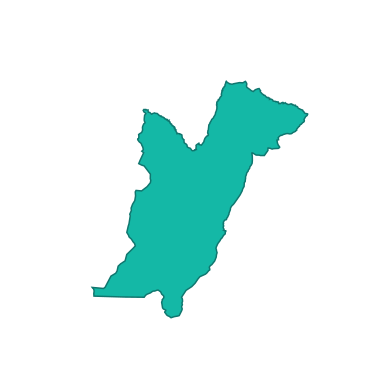 Izvoarele Sucevei, Suceava, Romania, rotated 326°
{"feature_id": "2599482B77536964142988", "entity_name": "Izvoarele Sucevei", "entity_type": "district", "adm_level": 2, "iso_a3": "ROU", "parent_name": "Romania", "parent_adm1": "Suceava", "projection": "equal_earth", "projection_center": [25.231, 47.765], "detail": "fine", "context": "isolated", "style": "filled", "palette": "teal", "viewbox_px": 384, "rotation_deg": 326, "n_neighbors": 0, "source": "geoboundaries", "source_scale": "gbopen_adm2", "svg_char_len": 6107}
<svg xmlns="http://www.w3.org/2000/svg" viewBox="0 0 384 384"><g transform="rotate(326 192 192)"><path d="M151.1,266.6L157.1,267.6L158.7,267.5L161.7,266.6L163.2,266.5L163.8,265.4L164.1,264.3L164.6,263.8L166.1,263.3L167.8,263.3L172.2,261.9L175.7,259.5L177.2,257.7L178.8,256.4L179.6,254.1L180.1,253.2L180.2,252.4L181.2,251.3L184.6,249.2L188.0,248.0L189.4,247.2L191.1,246.9L193.9,245.6L196.1,245.3L197.1,244.0L198.1,243.5L198.3,243.0L197.5,242.6L197.0,241.6L197.3,241.7L197.3,241.2L197.7,240.8L197.9,239.0L198.9,237.9L199.3,237.9L199.7,236.5L200.1,235.9L200.4,235.9L200.4,235.5L200.9,235.1L201.0,234.7L201.4,234.4L203.3,233.6L204.9,234.1L205.3,234.0L205.7,233.4L207.5,232.7L210.3,231.0L210.9,230.2L213.8,228.2L215.1,226.7L217.4,225.7L219.4,225.4L221.2,224.8L230.2,221.3L234.1,219.2L235.9,217.7L238.2,216.6L240.6,213.5L241.9,213.1L243.3,211.4L244.0,210.7L245.0,209.2L246.4,208.3L248.3,206.6L250.0,206.2L250.9,205.4L253.0,204.6L254.2,203.4L256.2,202.8L257.9,201.8L259.7,199.6L262.1,195.9L263.4,193.2L264.1,193.5L265.8,197.2L268.3,199.0L269.2,200.1L272.4,202.2L278.2,200.0L279.0,198.7L279.7,198.1L281.1,199.3L282.4,201.2L283.9,201.7L287.9,204.1L289.5,204.1L289.9,203.3L289.7,201.7L290.1,199.5L291.4,196.5L293.0,197.1L293.9,195.1L294.8,194.9L297.0,194.6L297.4,194.7L298.0,195.2L300.5,195.5L301.2,195.9L302.3,196.1L304.0,197.0L305.4,198.4L306.9,199.2L307.8,199.3L308.5,199.1L311.8,199.6L312.3,199.2L313.4,199.3L313.7,198.7L314.1,198.4L317.0,197.5L317.7,197.6L319.3,196.7L320.4,196.9L322.6,196.4L323.7,196.5L324.5,196.2L325.1,195.6L325.4,194.5L328.5,193.0L330.0,193.0L330.5,192.8L331.5,192.1L331.4,191.7L329.8,190.1L329.4,189.4L329.6,188.1L329.5,187.2L329.2,186.6L329.5,185.9L328.1,184.1L327.8,183.3L327.1,182.4L326.9,181.6L327.1,180.7L327.0,180.0L326.1,179.2L326.3,177.9L325.3,177.6L325.3,177.2L324.8,176.5L324.3,176.3L324.4,175.6L323.6,175.0L323.5,174.3L322.0,173.9L321.2,173.5L320.4,173.1L320.1,172.2L319.6,171.7L319.4,170.9L318.8,170.4L319.0,170.1L317.1,169.7L317.6,168.8L317.0,168.3L314.3,168.0L314.2,167.5L313.4,167.2L313.8,165.9L313.8,165.4L313.0,165.2L312.8,164.5L311.9,164.1L311.7,163.3L310.7,162.6L310.1,161.8L310.3,160.7L309.9,159.8L309.2,159.0L308.1,158.6L308.8,157.9L308.8,157.5L307.8,156.8L308.0,156.2L306.8,155.3L306.4,152.5L305.6,151.9L305.7,151.4L305.1,150.0L304.7,147.2L304.9,146.7L305.5,146.3L305.4,145.0L305.5,143.8L304.5,143.3L301.7,142.6L298.9,142.9L297.7,140.9L297.4,139.6L296.0,135.9L296.5,134.4L297.3,133.8L298.1,132.5L298.1,131.7L298.2,130.5L298.1,130.1L295.2,129.9L292.6,127.9L287.0,125.5L285.5,125.1L283.5,123.1L283.4,122.5L283.0,121.9L282.4,120.3L282.3,119.4L281.3,119.9L281.2,120.3L280.7,120.8L279.7,121.2L278.5,122.6L277.6,122.6L276.7,123.3L275.6,123.3L274.6,124.3L274.0,124.4L274.0,125.1L273.2,125.0L273.0,125.5L270.9,127.4L270.7,128.3L269.8,128.9L268.3,129.2L266.3,130.4L265.5,130.1L265.1,130.5L265.1,131.0L264.1,131.1L263.7,131.0L262.8,131.5L262.0,132.4L261.9,133.2L261.0,133.5L260.7,134.9L260.1,135.4L259.7,136.3L257.6,138.3L255.9,139.4L254.7,140.7L251.9,142.0L251.2,142.5L248.9,142.9L247.8,143.6L245.5,144.7L245.1,145.2L243.5,145.8L240.1,149.8L239.3,150.2L238.5,151.4L238.1,151.6L237.9,152.1L238.1,152.4L237.9,153.2L237.1,153.7L237.1,154.0L236.9,154.0L236.7,154.2L236.4,154.2L235.4,153.9L232.8,154.7L230.8,156.1L230.1,156.9L226.0,158.4L224.3,156.5L224.9,155.9L225.0,155.4L222.1,155.4L221.5,155.6L221.1,156.0L221.0,156.6L219.6,158.1L219.4,159.2L217.9,158.5L217.6,158.6L217.6,159.0L217.3,159.0L215.4,158.0L215.1,157.4L215.1,154.9L213.8,153.2L213.3,151.9L214.0,150.5L214.1,149.9L214.0,149.1L213.3,147.6L213.1,146.7L214.0,145.0L214.5,144.4L214.6,144.2L214.2,143.6L214.3,143.0L214.1,142.2L214.6,140.7L215.2,139.7L215.5,138.7L214.8,137.8L214.3,137.5L214.5,137.0L213.5,136.0L212.1,135.2L212.7,134.4L212.6,133.0L213.0,132.1L212.8,131.7L213.2,131.6L212.9,131.3L213.2,130.9L213.1,130.4L213.5,129.8L213.2,129.7L213.3,129.6L213.1,129.1L213.5,128.9L213.3,128.4L213.8,128.1L213.2,127.0L213.3,126.7L213.2,126.4L212.7,126.0L212.9,125.6L212.8,124.8L213.0,124.2L212.5,123.8L212.6,123.2L212.4,122.9L212.5,122.2L212.9,121.8L212.6,121.3L212.7,120.7L212.4,120.7L212.2,120.0L212.7,119.7L211.9,119.5L212.1,118.3L211.9,117.8L211.2,117.8L211.3,117.4L211.0,116.7L210.6,116.5L210.6,116.3L210.4,115.5L210.5,115.1L210.0,114.5L210.1,114.1L209.1,113.1L209.2,112.6L209.0,112.4L208.9,111.7L208.3,111.7L208.3,111.2L208.0,110.9L208.0,110.6L207.4,109.6L207.5,108.9L207.1,108.2L207.0,107.4L205.5,106.2L205.3,105.6L203.5,105.0L202.1,104.9L201.8,104.2L201.5,102.5L200.4,101.3L201.4,99.4L201.0,99.3L200.2,98.4L199.7,98.2L199.8,97.7L199.0,97.4L198.4,96.7L197.2,97.0L196.9,98.7L197.6,100.5L197.6,101.1L197.0,101.5L195.7,101.8L193.8,104.0L192.6,105.6L192.2,106.6L192.0,107.9L191.7,108.4L190.0,108.6L187.7,110.1L187.0,110.8L185.7,113.0L184.3,114.1L183.2,114.5L181.4,114.4L179.9,114.5L179.1,116.1L178.2,117.2L177.6,117.7L176.8,117.6L176.4,118.0L176.2,118.7L176.3,121.0L176.9,122.8L176.9,124.0L176.6,124.9L176.3,127.2L175.5,129.3L175.0,129.8L173.2,130.1L173.9,132.4L166.4,136.9L163.7,138.7L165.3,141.5L166.9,143.6L167.5,153.9L164.8,157.7L164.4,159.2L162.7,161.0L157.7,162.5L150.8,162.9L146.5,159.4L145.0,160.2L143.0,163.7L139.8,167.1L135.9,168.9L132.5,171.3L131.3,173.5L128.0,175.6L127.5,177.2L122.0,183.1L120.1,184.6L115.4,189.0L115.3,189.5L115.2,192.3L114.7,194.1L115.4,197.1L115.3,200.6L115.6,202.5L114.8,205.0L111.4,205.8L103.0,207.3L98.0,211.7L92.8,211.6L89.3,212.2L85.7,215.6L83.3,216.7L77.8,216.4L66.7,222.4L64.7,222.5L55.9,215.3L55.9,215.9L56.2,217.3L55.8,218.7L55.2,219.7L53.7,221.4L52.5,223.5L77.3,241.3L93.5,252.5L95.7,251.7L97.5,251.6L101.2,252.4L103.3,252.3L104.5,252.5L105.8,253.3L108.3,253.9L109.2,254.6L110.2,257.2L109.8,259.8L110.3,261.8L110.3,262.7L109.5,263.9L107.0,264.7L106.6,265.4L105.2,266.4L102.8,271.6L102.9,273.0L104.2,275.2L103.9,275.8L102.5,276.1L102.1,276.6L102.3,278.0L102.2,279.4L102.5,280.7L103.6,282.4L104.3,284.5L107.5,285.4L110.9,286.9L112.3,287.3L117.1,284.6L118.5,283.5L119.1,281.5L119.7,280.8L121.0,280.1L121.6,278.4L123.0,277.4L123.8,276.1L124.3,275.0L124.5,273.4L132.1,270.2L138.9,270.3L143.7,269.3L148.1,267.5L151.1,266.6Z" fill="#14b8a6" stroke="#0f766e" stroke-width="1.5"/></g></svg>